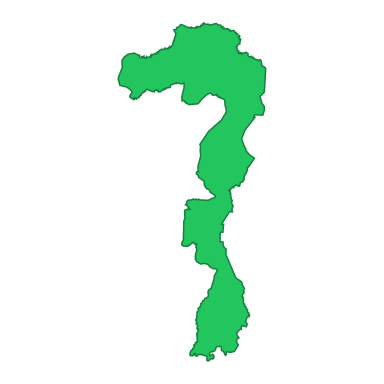 outline of Tatale Sanguli, Northern, Ghana
{"feature_id": "2480657B76540044095481", "entity_name": "Tatale Sanguli", "entity_type": "district", "adm_level": 2, "iso_a3": "GHA", "parent_name": "Ghana", "parent_adm1": "Northern", "projection": "robinson", "projection_center": [0.423, 9.141], "detail": "fine", "context": "isolated", "style": "filled", "palette": "green", "viewbox_px": 384, "rotation_deg": 0, "n_neighbors": 0, "source": "geoboundaries", "source_scale": "gbopen_adm2", "svg_char_len": 5912}
<svg xmlns="http://www.w3.org/2000/svg" viewBox="0 0 384 384"><path d="M127.9,54.3L124.2,57.1L121.9,60.8L122.3,67.5L118.5,77.1L118.3,79.4L119.9,85.4L126.6,87.0L130.6,89.8L131.7,91.5L131.8,93.2L130.1,95.1L129.8,96.5L130.3,97.5L133.6,99.6L134.5,99.3L134.3,98.1L134.9,98.6L135.4,98.0L136.6,99.1L138.8,96.9L139.4,97.2L139.8,95.9L141.3,94.9L141.6,93.6L142.9,92.4L143.6,92.6L144.8,91.0L145.4,91.2L146.6,89.2L152.7,91.7L154.0,91.0L154.4,91.5L154.5,90.8L156.7,89.9L157.3,91.0L158.1,90.3L158.8,92.0L160.6,91.7L162.2,90.1L162.9,90.2L163.4,89.3L164.4,89.4L164.2,88.9L165.0,89.0L165.4,88.3L166.2,88.6L166.3,87.9L169.7,87.5L170.3,87.2L170.5,85.2L174.7,83.4L176.1,83.7L176.3,82.7L181.4,84.0L184.0,83.0L184.1,87.7L181.8,96.9L182.1,100.9L182.9,100.2L184.7,101.9L185.2,101.5L186.2,102.6L186.1,103.4L187.5,103.6L188.6,104.6L198.0,103.8L202.3,98.6L207.4,94.3L210.8,93.0L212.7,95.3L215.3,94.8L216.2,95.4L216.6,94.8L216.9,95.8L217.7,96.0L218.3,97.0L219.2,97.4L220.1,96.8L220.9,98.3L223.6,99.0L224.7,100.1L225.1,105.4L226.5,110.6L225.2,114.4L224.1,115.4L222.0,119.5L208.7,131.3L199.9,144.4L200.5,146.3L200.2,150.5L200.7,156.2L198.1,165.6L198.0,169.1L198.5,171.6L196.8,171.8L196.3,173.4L196.5,174.2L197.9,174.9L198.9,177.6L204.2,181.3L204.3,185.1L205.6,187.4L206.7,188.1L206.6,188.8L208.6,189.3L209.9,190.5L210.3,192.5L213.3,194.1L215.3,196.1L215.3,196.8L213.9,198.2L212.3,198.2L208.3,200.3L200.2,200.0L198.6,199.2L196.6,199.8L196.3,199.2L194.7,199.6L193.4,199.0L190.6,200.2L188.5,200.0L186.9,201.3L186.5,203.8L185.6,204.7L187.0,205.1L187.0,205.9L189.5,208.5L188.2,208.9L189.2,209.4L185.4,209.8L184.5,210.8L185.0,218.0L183.8,221.2L183.4,240.0L181.7,243.1L181.9,245.0L183.1,246.0L187.9,246.3L193.3,242.2L193.9,242.4L194.0,243.4L195.2,244.3L196.0,244.1L195.7,244.7L196.5,245.0L196.0,245.4L196.5,246.8L195.9,247.3L196.7,248.7L196.4,249.8L196.9,250.8L195.9,252.5L195.2,256.7L195.8,258.2L195.3,258.5L195.6,259.8L196.2,260.1L196.6,261.8L201.0,264.1L204.1,263.4L207.7,264.3L210.4,267.2L213.4,268.7L216.1,268.8L217.3,270.4L214.2,276.1L214.2,278.4L211.2,288.2L208.9,289.8L208.0,291.4L208.4,296.4L206.1,298.2L205.1,298.2L204.1,300.2L202.7,300.9L202.4,302.4L200.8,303.7L201.0,304.8L200.0,306.2L200.2,307.1L198.1,308.4L198.5,309.9L197.9,311.5L197.1,311.9L196.7,318.1L195.7,320.1L196.8,322.2L196.7,323.1L196.1,323.4L197.4,325.2L197.0,328.6L198.0,329.1L197.6,329.6L198.3,330.3L197.7,332.5L196.6,333.4L197.3,334.9L196.7,335.6L197.4,337.0L197.0,338.1L197.6,341.2L196.8,341.5L196.8,342.4L195.3,342.7L195.5,343.8L193.7,345.2L194.4,346.5L192.7,348.6L192.9,349.2L190.7,351.0L189.7,354.7L190.7,355.7L192.7,355.8L193.4,355.2L193.8,353.7L195.5,353.5L195.7,354.1L194.7,354.8L196.3,356.2L197.5,355.8L198.4,354.5L202.5,354.7L204.9,355.8L205.9,355.6L207.1,356.4L206.8,360.0L207.7,361.0L209.0,360.6L211.2,358.6L212.8,359.0L213.6,358.3L214.1,356.7L213.4,354.8L212.4,354.2L210.0,356.0L209.4,355.3L209.6,353.4L210.5,352.0L213.7,351.5L214.9,350.6L215.7,349.4L215.8,347.8L216.9,346.5L221.3,346.6L221.5,350.6L223.3,351.1L225.4,355.3L226.2,354.6L226.3,352.5L227.0,351.7L230.1,352.4L234.4,351.5L238.4,344.9L236.4,342.0L237.1,338.7L238.9,337.9L237.1,335.4L236.8,332.8L239.8,329.5L241.3,329.4L241.4,326.7L242.0,325.6L246.4,326.7L247.2,324.0L245.4,321.6L246.4,319.7L246.6,317.8L248.5,316.0L248.9,316.6L249.6,314.8L249.0,314.3L248.7,312.8L247.6,312.4L247.5,309.6L246.6,309.3L245.8,306.7L244.6,305.6L244.6,304.1L243.4,303.6L243.5,298.2L242.0,296.4L242.5,296.0L242.2,295.1L244.2,292.6L243.6,291.0L244.4,288.2L242.2,284.9L242.3,283.8L241.4,281.7L235.9,278.0L225.9,254.5L226.1,249.0L224.0,247.3L223.0,244.3L223.1,242.1L220.0,241.4L220.3,232.3L222.9,232.2L223.6,224.4L221.6,224.2L229.5,211.6L232.5,211.9L232.0,210.8L232.2,208.1L233.1,206.0L231.5,202.9L232.3,200.4L231.6,199.7L230.7,196.3L230.8,194.2L230.2,193.9L230.6,192.2L228.8,190.5L229.7,189.6L230.5,189.9L230.9,188.6L232.4,187.5L233.3,187.7L233.3,187.1L233.7,187.5L234.7,186.0L236.6,185.0L237.5,185.8L238.6,185.7L238.7,186.3L239.6,186.1L240.3,183.0L243.2,181.3L244.3,179.1L244.1,177.3L245.1,174.3L245.9,173.9L247.4,170.1L247.3,167.6L248.6,166.9L248.7,165.8L249.5,165.6L254.4,158.2L249.7,155.0L246.1,150.8L245.5,148.1L244.6,147.1L241.6,139.0L244.8,130.4L255.0,117.2L253.7,116.9L254.6,114.8L262.9,115.1L264.5,109.6L264.2,106.3L262.0,103.4L260.0,96.4L264.3,92.3L265.7,68.4L264.0,66.7L262.0,66.1L261.1,60.5L260.2,59.9L259.5,59.7L258.4,60.7L257.6,59.8L254.2,59.1L254.4,58.7L253.2,57.3L252.0,57.8L251.4,57.4L251.6,56.4L249.5,56.8L248.4,56.2L247.9,55.4L248.1,53.9L246.4,52.4L245.3,52.4L244.2,53.4L243.2,53.0L241.9,54.1L241.6,53.1L240.6,53.3L240.8,52.7L239.9,52.3L239.3,53.6L238.6,53.5L238.8,52.8L237.8,51.1L238.4,50.8L236.6,49.6L237.2,48.3L236.3,46.7L237.4,46.2L237.6,44.9L239.9,43.9L239.8,42.5L240.7,39.4L240.2,38.8L239.4,39.1L239.7,38.5L238.6,37.3L239.8,36.4L239.6,35.8L237.3,34.6L237.2,33.7L235.7,33.1L235.9,32.5L235.2,32.5L233.8,30.4L230.8,31.1L230.3,30.1L229.8,30.7L228.6,29.3L227.8,29.3L227.8,28.7L225.0,29.1L224.2,28.1L223.3,28.8L222.5,27.3L222.8,26.8L221.3,27.1L221.3,25.8L220.5,25.1L218.4,25.0L216.1,23.5L209.5,25.2L208.7,24.3L204.4,24.1L204.4,23.3L203.6,23.0L202.9,24.6L202.2,24.2L201.9,25.6L200.7,25.5L200.4,27.0L197.9,26.4L197.3,27.4L196.8,26.8L196.2,27.7L195.7,27.2L195.1,27.9L192.8,28.1L191.4,27.1L190.7,28.1L189.2,27.3L187.5,27.4L182.5,24.9L180.6,24.6L178.7,27.0L176.8,27.5L176.8,28.7L175.5,29.6L174.0,29.7L174.5,31.6L175.8,32.9L175.4,36.4L174.7,37.1L174.2,40.0L173.5,40.4L173.7,41.7L172.9,42.6L173.0,43.8L171.5,46.7L170.3,47.1L169.9,46.4L169.0,48.4L168.5,47.6L167.1,49.1L165.0,48.0L164.3,49.3L161.2,49.3L160.9,50.0L159.4,50.3L159.5,50.9L157.9,51.7L158.3,52.1L158.0,53.0L156.4,52.8L155.8,54.1L155.1,53.7L152.9,54.4L152.0,55.5L151.5,54.8L150.9,56.7L150.5,55.7L149.8,57.0L147.0,57.4L146.5,56.7L146.1,58.2L145.2,58.2L144.7,57.3L143.3,57.7L143.7,56.2L142.7,56.9L141.9,56.7L142.1,57.4L140.1,57.6L139.2,56.6L139.7,55.7L139.2,55.0L138.3,55.1L134.2,53.1L127.9,54.3Z" fill="#22c55e" stroke="#15803d" stroke-width="1.5"/></svg>